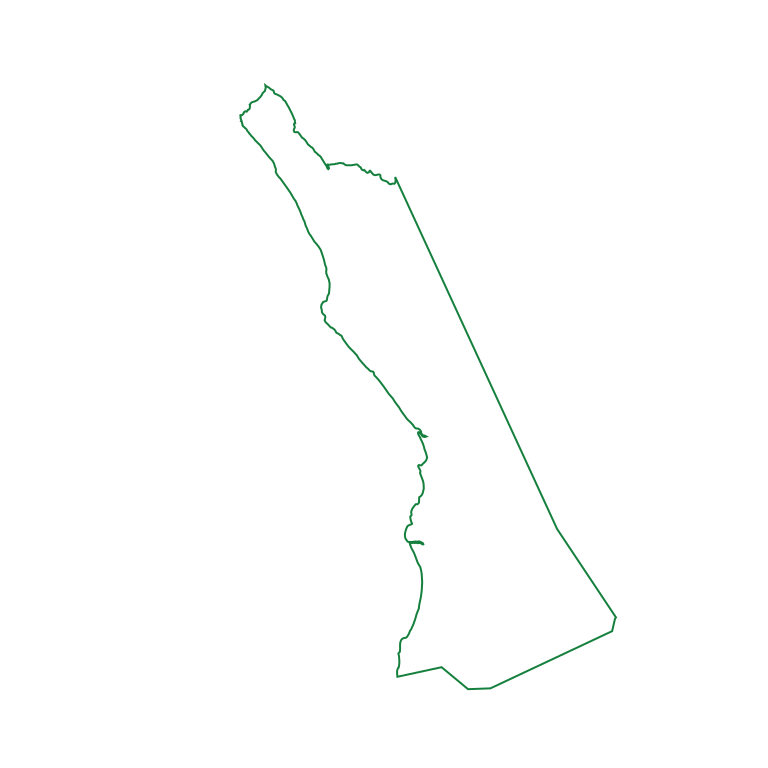 Bata, Litoral, Equatorial Guinea (Robinson projection), rotated 335°
{"feature_id": "11065452B98139425844484", "entity_name": "Bata", "entity_type": "district", "adm_level": 2, "iso_a3": "GNQ", "parent_name": "Equatorial Guinea", "parent_adm1": "Litoral", "projection": "robinson", "projection_center": [9.804, 2.002], "detail": "fine", "context": "isolated", "style": "outline", "palette": "green", "viewbox_px": 768, "rotation_deg": 335, "n_neighbors": 0, "source": "geoboundaries", "source_scale": "gbopen_adm2", "svg_char_len": 6063}
<svg xmlns="http://www.w3.org/2000/svg" viewBox="0 0 768 768"><g transform="rotate(335 384 384)"><path d="M481.6,201.1L480.7,204.0L480.1,205.2L479.2,206.4L478.1,206.9L476.5,206.0L476.1,205.9L475.3,206.0L473.6,205.3L472.9,203.9L472.9,203.2L472.1,201.7L471.4,200.9L469.2,198.9L468.4,197.6L468.2,197.0L468.2,194.9L468.8,193.6L468.9,193.2L468.7,192.6L468.4,192.2L468.0,191.9L466.5,191.5L465.1,191.3L463.9,190.8L463.6,190.5L462.8,189.6L462.4,188.1L462.1,187.5L462.2,187.2L462.0,186.8L461.6,184.9L461.1,184.7L460.3,185.4L459.7,185.7L458.4,185.7L458.0,185.5L457.8,185.2L457.4,184.4L456.5,181.6L456.1,181.6L455.8,181.7L455.3,181.4L454.7,180.7L454.7,180.3L454.4,179.7L454.4,178.1L454.3,177.6L453.5,176.5L453.3,175.6L452.6,174.0L452.1,173.5L450.8,173.0L449.7,172.8L447.9,172.2L447.2,172.1L442.8,170.1L442.0,169.6L441.3,168.7L441.1,168.4L440.4,166.9L440.1,166.9L439.7,166.5L438.3,165.5L436.3,164.7L434.9,164.6L433.0,163.9L432.1,163.9L428.8,162.6L428.2,162.6L426.9,162.1L425.6,161.2L425.1,161.4L425.4,163.0L425.5,164.5L425.2,165.4L424.3,165.7L423.9,164.9L423.9,164.1L424.0,161.7L423.7,160.5L423.6,159.4L423.4,158.3L423.1,155.1L422.8,153.5L422.8,152.2L422.6,151.1L422.2,150.2L421.1,148.2L421.0,147.5L419.5,144.2L419.2,140.4L418.5,138.9L417.8,138.0L417.3,136.6L416.3,134.7L416.0,131.8L415.7,130.0L415.5,129.3L414.7,127.4L413.9,126.2L413.7,125.4L413.4,123.4L412.7,120.2L412.4,119.5L412.0,119.2L411.4,118.8L410.6,118.7L409.4,117.8L409.2,117.5L409.4,116.2L409.9,115.1L411.3,114.1L411.8,113.3L412.1,110.7L412.7,110.1L413.7,110.2L414.0,108.8L414.5,107.8L414.7,106.9L414.5,105.1L414.7,104.1L414.8,100.3L414.7,96.3L414.6,93.0L414.3,90.4L414.3,89.6L414.1,87.6L414.1,86.6L413.9,85.6L413.0,84.2L412.9,82.6L412.6,81.3L412.1,80.2L411.8,79.6L409.8,76.9L407.7,74.7L407.5,74.3L407.8,71.3L407.3,70.7L406.1,69.2L405.5,68.0L405.0,66.8L404.2,65.6L403.3,64.5L402.7,63.2L402.1,65.3L401.7,66.0L400.9,66.8L400.0,68.0L396.9,69.1L395.7,70.2L393.2,71.6L391.9,72.0L389.6,73.0L388.9,73.2L386.2,73.3L384.4,72.9L383.3,72.9L382.5,73.0L381.7,73.3L380.8,74.0L380.5,74.5L380.3,74.4L380.2,74.9L379.4,76.5L378.6,77.6L378.0,78.0L376.9,78.1L376.7,78.0L376.3,78.1L375.8,78.6L374.9,79.1L374.2,78.9L373.8,78.3L373.4,78.2L372.5,78.4L372.0,78.5L371.8,78.6L371.5,79.0L371.3,79.0L371.0,79.5L370.5,79.9L369.7,80.0L369.0,80.3L367.5,79.7L367.4,79.8L367.6,80.0L367.0,81.1L366.8,81.8L366.6,82.1L366.3,82.2L366.2,82.5L366.3,83.3L366.1,84.7L366.1,85.1L365.9,85.3L365.6,85.4L365.9,85.9L366.0,86.3L365.5,87.5L365.6,87.9L365.4,89.3L365.1,89.5L365.2,90.1L365.1,90.5L366.0,92.4L366.2,93.2L366.7,94.0L367.0,95.1L367.1,96.8L367.3,97.7L367.8,99.3L367.7,99.9L368.2,101.2L368.5,102.8L369.6,105.8L370.1,107.9L370.2,108.7L372.8,115.6L373.6,121.3L374.3,123.8L375.9,130.3L377.4,134.9L377.5,138.4L377.1,140.0L376.9,143.0L376.7,143.9L375.5,146.1L375.5,148.6L376.2,152.1L376.9,153.9L379.0,165.1L380.0,171.0L380.6,177.9L381.2,180.9L381.2,183.9L381.0,185.7L381.1,191.3L380.7,195.9L380.7,198.1L380.5,200.6L380.6,203.1L379.9,207.6L380.0,210.1L379.7,214.1L379.9,217.2L380.3,218.6L381.1,225.6L382.0,228.5L382.8,231.9L383.3,235.7L383.0,238.7L382.2,245.5L381.0,251.0L380.8,254.2L380.5,255.2L380.0,256.4L379.5,256.8L378.5,259.2L378.4,260.0L378.1,263.1L378.2,265.0L378.0,266.0L378.1,266.6L377.7,267.6L377.3,269.6L376.9,270.6L376.2,271.8L375.7,273.1L374.9,274.3L372.9,277.9L372.2,278.9L370.2,280.3L369.5,281.1L367.7,283.7L367.2,284.2L366.6,284.3L365.3,284.1L364.2,284.1L363.6,283.9L361.8,285.1L361.0,285.5L359.4,287.9L359.2,288.4L359.1,288.8L359.1,289.9L358.5,291.7L358.1,292.6L358.2,293.6L358.2,294.4L359.4,297.1L359.3,297.9L359.1,298.6L357.1,301.2L357.1,302.7L357.3,303.5L358.4,306.3L359.5,309.8L359.9,310.5L360.5,310.8L361.5,312.5L362.1,313.6L362.4,315.3L362.5,317.3L363.4,318.6L364.0,319.2L364.9,321.0L365.6,321.9L365.9,322.8L365.9,324.2L365.8,325.2L366.2,327.9L367.6,335.0L368.5,337.7L370.3,342.6L370.8,344.4L371.5,346.4L371.9,350.6L373.2,355.4L374.2,358.6L375.0,361.4L376.0,363.5L376.7,365.6L377.2,366.5L377.4,366.8L379.4,368.3L379.5,369.7L379.3,370.0L379.1,370.7L379.0,372.3L380.0,375.1L381.2,379.3L382.7,386.4L384.2,395.1L385.9,400.9L386.3,404.7L387.8,411.8L388.0,414.1L388.3,416.4L390.0,425.1L390.8,427.5L391.5,429.0L393.0,433.6L393.0,434.2L393.5,436.7L394.1,437.6L394.8,438.1L395.2,438.3L396.2,439.0L397.2,440.7L397.5,442.8L397.1,443.5L397.1,446.4L399.0,447.9L400.2,449.5L398.6,449.3L397.5,448.5L396.8,447.8L396.4,445.0L395.4,442.7L395.2,442.3L394.7,442.2L394.3,442.5L393.8,444.2L394.1,447.7L394.0,450.2L394.1,452.1L394.0,454.9L393.6,458.2L393.2,459.7L393.0,462.2L392.8,464.7L392.0,468.9L390.0,471.0L387.7,472.1L385.8,472.6L384.3,473.3L383.3,473.5L381.3,472.2L380.4,472.6L380.1,474.4L380.3,475.9L380.3,477.8L379.8,479.2L379.0,479.9L378.4,487.9L378.0,490.1L377.3,492.2L375.8,495.7L373.8,498.2L372.8,499.4L371.5,500.5L369.2,501.4L368.3,501.4L367.6,502.2L366.9,503.8L365.5,506.3L364.5,506.9L363.5,507.1L362.0,506.4L359.9,507.3L356.8,509.1L355.0,510.9L354.3,511.9L353.9,513.7L353.6,514.4L352.5,515.0L351.8,515.2L351.1,517.1L350.8,518.2L350.4,521.0L350.5,522.0L350.4,522.5L350.0,522.7L349.4,522.8L348.3,522.6L345.8,522.6L344.6,523.2L342.5,525.1L341.4,526.4L340.1,528.0L339.2,529.4L338.2,532.5L338.2,533.7L338.7,536.5L339.3,537.4L341.6,538.6L345.1,539.8L346.2,540.1L347.3,541.0L348.7,541.2L349.6,541.7L350.3,542.5L351.8,544.4L352.0,545.2L351.9,545.9L351.5,545.9L350.9,545.2L350.1,544.0L348.9,542.9L347.4,542.6L346.4,541.7L344.8,541.1L343.1,540.2L342.2,539.9L340.0,539.5L339.8,540.4L339.5,544.2L339.8,549.2L339.7,551.9L339.0,560.4L339.5,565.3L338.7,569.3L337.7,572.6L336.2,576.4L334.8,579.9L330.8,587.3L327.7,592.2L322.5,599.2L320.7,602.2L316.5,606.1L312.8,610.4L309.2,614.1L304.9,617.8L303.4,618.6L301.1,620.8L299.0,622.3L297.5,623.1L296.6,623.2L295.3,622.9L294.4,622.6L293.7,622.6L292.0,622.9L290.7,623.9L289.3,625.4L287.9,628.1L286.6,631.0L285.2,633.4L283.7,634.0L283.1,634.4L282.6,637.0L280.6,642.1L279.6,644.0L278.2,646.2L277.3,647.3L276.6,647.4L274.7,649.4L273.4,652.2L272.4,655.0L316.5,665.0L331.2,696.1L351.8,704.8L486.3,704.4L494.0,694.6L494.4,694.3L495.6,693.6L479.6,588.6L481.6,201.1Z" fill="none" stroke="#15803d" stroke-width="2"/></g></svg>